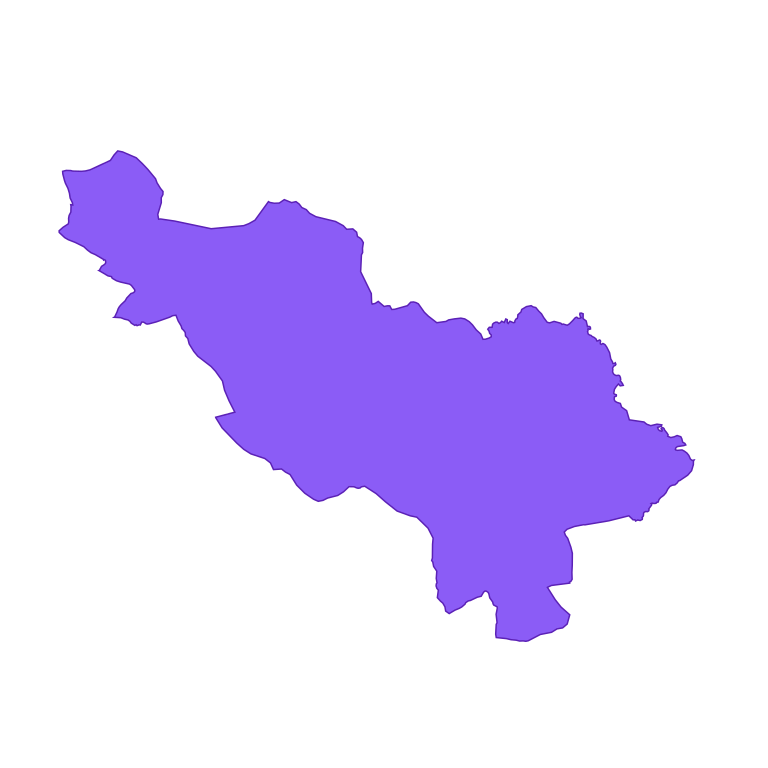 Kalambo, Rukwa, United Republic of Tanzania (Mercator projection), rotated 169°
{"feature_id": "72390352B91916326383066", "entity_name": "Kalambo", "entity_type": "district", "adm_level": 2, "iso_a3": "TZA", "parent_name": "United Republic of Tanzania", "parent_adm1": "Rukwa", "projection": "mercator", "projection_center": [31.558, -8.538], "detail": "fine", "context": "isolated", "style": "filled", "palette": "violet", "viewbox_px": 768, "rotation_deg": 169, "n_neighbors": 0, "source": "geoboundaries", "source_scale": "gbopen_adm2", "svg_char_len": 6150}
<svg xmlns="http://www.w3.org/2000/svg" viewBox="0 0 768 768"><g transform="rotate(169 384 384)"><path d="M367.9,190.2L369.8,183.2L369.9,178.7L370.8,177.8L371.4,175.8L371.1,173.3L370.0,171.3L372.4,164.1L370.0,160.1L368.1,157.7L366.7,153.7L366.8,149.3L363.8,146.2L357.4,148.5L352.9,149.4L350.2,150.3L346.5,152.4L345.5,153.8L342.6,155.0L340.5,155.0L333.1,156.9L329.1,157.1L325.9,160.7L324.3,161.5L322.9,161.0L321.5,159.5L321.1,157.8L321.0,153.9L318.9,149.2L318.9,147.5L318.5,146.1L315.5,143.7L315.5,142.5L317.9,136.5L318.5,128.8L318.7,127.9L319.7,126.7L320.3,124.3L322.1,117.1L322.2,113.7L312.4,110.7L308.2,108.8L303.1,107.3L299.9,105.8L296.5,105.3L293.9,104.4L291.5,104.4L278.3,108.3L266.9,108.3L260.9,110.6L255.2,110.5L250.0,113.4L245.7,122.0L252.8,131.3L257.1,139.6L262.4,153.2L258.1,154.3L239.7,153.1L239.7,154.2L238.3,154.5L236.6,156.4L235.5,163.2L233.8,170.1L231.4,181.9L231.7,188.2L233.1,197.4L234.8,200.9L235.3,204.3L232.0,206.5L224.3,207.8L215.0,207.8L213.6,207.4L189.4,206.8L168.8,207.9L165.4,203.1L163.6,202.9L163.2,201.5L160.9,202.1L158.6,201.1L156.3,201.8L156.0,202.9L156.1,203.8L154.9,204.6L154.4,205.4L153.8,207.8L153.1,208.5L151.6,208.9L149.6,208.4L148.4,208.9L147.8,209.9L148.0,210.8L144.5,214.0L144.1,214.9L144.7,215.7L143.5,215.9L141.9,215.2L140.3,215.0L139.3,215.2L139.1,215.8L137.4,215.8L136.1,218.1L134.1,219.7L130.7,221.3L128.0,223.4L125.5,226.6L122.9,228.9L120.5,229.6L117.6,229.5L115.0,231.0L113.3,232.8L112.3,232.7L103.2,236.6L98.6,240.2L95.7,245.8L95.0,249.1L94.1,250.2L96.1,250.2L97.5,251.8L98.4,255.7L99.8,258.4L102.0,260.8L104.0,262.4L108.7,262.9L110.2,263.6L110.5,264.3L109.6,265.8L107.9,266.6L101.5,266.3L99.4,266.6L100.0,268.3L101.9,269.9L102.1,273.4L102.7,275.6L106.1,277.5L109.1,276.8L112.7,276.7L115.5,278.6L114.8,279.9L115.8,282.4L117.3,285.2L117.6,286.8L118.2,287.6L119.3,288.2L120.6,287.1L119.6,285.7L120.3,284.6L122.3,285.6L123.4,287.0L123.7,289.2L119.8,289.5L119.1,290.9L123.7,292.5L130.1,292.2L133.8,294.4L136.0,297.1L150.0,302.0L150.9,311.5L155.2,316.0L155.7,319.8L158.8,321.5L160.4,322.9L161.0,324.7L160.4,327.2L160.1,327.5L158.4,327.7L158.0,328.6L158.0,329.1L159.6,330.0L160.3,331.0L158.8,334.8L156.6,337.1L153.9,339.3L152.5,337.1L149.4,337.0L149.8,338.8L150.9,341.2L151.5,341.8L150.8,343.2L150.7,345.4L151.2,347.2L152.0,347.8L154.5,348.0L156.0,349.1L156.8,350.2L157.3,352.2L156.6,354.6L156.6,356.0L155.1,357.7L153.3,358.2L152.6,359.1L152.9,360.7L154.0,360.2L155.4,360.4L155.5,362.1L156.6,365.3L156.6,371.7L158.3,377.7L159.5,380.4L161.0,381.8L161.7,382.0L163.1,381.4L163.9,382.0L163.9,383.1L163.2,384.7L163.4,385.6L164.1,386.1L166.0,385.5L166.8,385.6L167.3,387.8L168.8,389.6L170.7,391.0L171.5,392.2L172.9,392.9L174.0,394.1L174.2,396.7L173.6,397.3L173.4,398.9L173.1,399.3L171.8,398.5L170.8,398.6L170.6,400.0L170.8,400.8L171.8,401.5L173.3,401.5L173.5,407.3L176.1,410.2L175.1,414.9L176.8,416.0L178.1,416.1L178.6,414.8L178.4,412.9L177.8,411.5L178.6,411.2L180.3,411.3L181.1,411.5L182.0,412.8L183.1,412.7L184.0,412.3L186.7,410.2L190.4,407.7L192.9,406.7L196.7,408.7L197.9,408.5L198.8,409.9L205.1,413.0L209.7,412.4L212.0,413.4L214.5,418.6L216.0,422.8L218.2,426.0L220.4,430.1L222.9,431.2L224.6,432.8L229.4,432.8L234.6,430.9L235.8,428.6L239.4,426.4L239.8,424.8L240.7,422.9L242.1,422.6L243.4,421.1L244.0,419.5L245.3,419.5L248.4,421.6L250.6,419.7L251.3,420.8L250.7,423.6L252.0,424.6L254.3,421.4L256.5,423.2L257.8,422.1L259.6,421.5L260.9,423.0L262.4,423.4L264.6,422.9L266.0,422.0L267.1,419.0L269.8,419.6L271.7,418.0L270.8,415.8L270.6,413.5L269.4,411.7L269.7,409.9L271.9,409.1L275.9,408.6L278.3,409.0L279.5,414.6L283.1,419.5L285.9,425.2L288.5,429.0L292.3,432.5L296.0,434.0L302.6,434.5L308.3,434.6L311.2,433.6L320.5,434.1L327.5,442.1L330.7,446.7L335.0,456.2L337.2,457.9L339.4,458.9L342.2,459.2L346.1,456.4L359.2,455.3L362.2,455.7L363.4,459.6L365.6,460.1L369.1,460.1L373.9,466.2L377.2,464.8L380.3,464.7L380.6,466.4L379.2,475.2L385.5,498.7L381.5,515.1L379.9,517.1L379.2,521.4L377.3,526.7L378.5,530.2L379.9,532.1L381.9,533.8L381.9,538.2L385.0,542.2L391.1,543.0L393.8,547.2L400.6,552.8L418.9,561.2L424.5,565.8L427.0,570.0L431.0,572.9L432.9,576.8L435.6,579.8L440.1,579.7L446.7,584.0L452.3,581.6L457.3,582.4L461.4,584.0L462.6,585.1L479.4,569.4L486.0,567.2L491.5,566.2L524.0,569.4L558.4,583.9L571.8,588.6L573.8,588.8L573.7,593.7L568.0,604.5L567.1,609.4L564.9,612.1L564.2,615.1L566.1,618.7L568.4,624.7L569.1,629.1L574.7,639.4L578.8,645.9L584.0,653.3L596.3,661.7L600.9,663.6L605.1,660.5L609.9,655.7L631.8,650.3L636.4,650.1L640.4,650.5L648.9,652.4L650.8,653.3L655.2,654.3L658.9,654.1L659.2,651.4L658.8,644.7L658.4,641.8L656.9,636.3L656.4,631.3L656.6,626.4L655.3,621.5L655.4,619.1L657.3,619.8L657.3,618.2L658.6,612.5L660.9,609.6L662.0,606.9L662.6,603.1L663.4,601.4L669.1,599.1L673.7,596.4L673.9,594.7L669.5,588.6L666.4,585.9L660.1,581.9L652.4,576.0L649.5,572.0L646.6,568.8L642.7,566.1L635.8,560.0L635.6,559.2L635.1,559.5L633.9,558.6L633.9,556.7L634.5,555.4L636.2,554.4L638.8,553.4L641.2,550.5L641.3,549.9L642.2,549.8L634.3,542.8L631.0,541.4L630.8,540.0L630.0,539.1L626.9,536.4L623.1,534.3L614.7,530.6L613.2,529.0L610.8,524.2L610.8,522.9L611.5,522.0L613.1,521.3L615.1,521.1L620.0,517.6L622.3,515.0L626.9,512.1L629.0,510.4L630.5,508.7L632.4,505.5L635.5,501.3L636.2,501.0L629.7,499.3L626.4,497.2L623.1,495.7L621.5,494.1L620.5,492.0L617.4,489.1L616.0,489.5L615.3,488.4L613.1,488.8L612.0,488.4L610.0,491.0L608.2,490.6L605.9,488.4L604.9,488.0L603.1,487.9L595.7,488.4L581.5,490.5L578.4,491.4L575.1,491.2L574.0,485.1L572.1,479.8L571.8,476.9L570.4,474.9L569.3,472.5L569.7,469.1L567.9,466.1L567.6,460.5L564.5,452.3L561.5,446.8L550.4,434.2L547.0,428.7L542.0,417.8L541.7,408.3L539.3,397.0L535.8,384.8L555.6,383.5L555.6,383.1L551.3,371.8L539.8,354.1L534.1,346.6L528.0,340.8L515.2,333.6L510.5,328.2L508.8,321.1L500.8,320.1L497.5,316.3L493.5,313.1L489.0,301.4L482.6,291.9L475.1,284.3L470.9,281.4L466.1,281.4L461.1,282.8L450.7,283.4L444.3,285.9L437.9,289.9L432.9,288.8L431.0,287.4L429.3,286.6L427.3,286.5L425.8,287.4L422.4,287.3L412.6,277.9L405.0,268.0L395.4,256.8L383.4,249.6L377.2,247.0L368.3,234.1L365.2,223.3L366.9,217.5L369.7,203.9L370.9,201.6L370.1,200.0L370.1,195.4L367.9,190.2Z" fill="#8b5cf6" stroke="#5b21b6" stroke-width="1.5"/></g></svg>